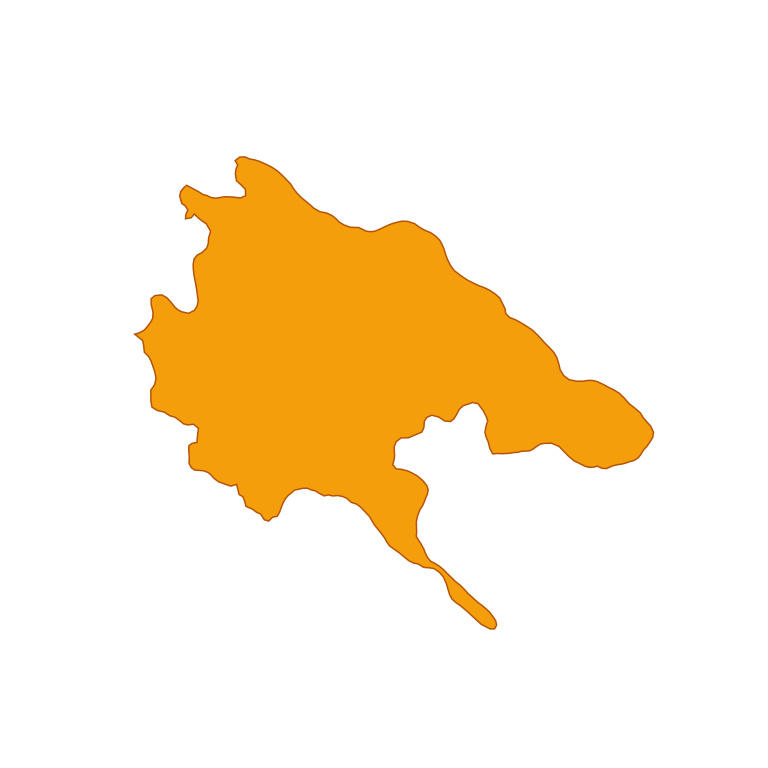 Veredinha, Minas Gerais, Brazil (Natural Earth projection), rotated 332°
{"feature_id": "56859067B69481295032755", "entity_name": "Veredinha", "entity_type": "district", "adm_level": 2, "iso_a3": "BRA", "parent_name": "Brazil", "parent_adm1": "Minas Gerais", "projection": "natural_earth1", "projection_center": [-42.725, -17.51], "detail": "fine", "context": "isolated", "style": "filled", "palette": "amber", "viewbox_px": 768, "rotation_deg": 332, "n_neighbors": 0, "source": "geoboundaries", "source_scale": "gbopen_adm2", "svg_char_len": 4767}
<svg xmlns="http://www.w3.org/2000/svg" viewBox="0 0 768 768"><g transform="rotate(332 384 384)"><path d="M526.6,362.5L524.6,357.1L521.3,350.9L518.0,346.3L514.2,342.1L510.3,336.9L506.9,332.1L504.2,327.3L502.2,323.3L499.3,316.9L498.4,311.0L498.5,304.6L499.0,299.7L500.3,293.4L500.8,287.8L500.7,283.5L499.3,278.2L496.3,272.4L492.4,267.7L489.2,262.8L486.3,256.8L481.2,251.5L476.4,248.7L471.3,247.3L466.3,246.2L461.7,245.7L457.1,245.5L452.6,245.3L447.6,244.8L444.0,243.4L440.1,240.8L437.7,237.4L434.9,233.8L431.6,232.0L427.9,229.8L423.6,225.1L420.7,220.5L419.1,215.3L417.1,210.7L413.5,206.0L408.2,201.7L404.5,195.7L402.9,191.2L400.9,186.4L398.6,180.8L396.8,174.8L395.7,168.3L395.5,163.7L394.1,158.8L392.5,153.2L391.1,149.1L389.6,145.2L386.8,140.0L382.9,134.5L378.7,129.1L374.8,125.2L371.0,122.2L367.9,118.3L363.3,115.9L357.4,116.9L357.7,121.8L354.5,124.5L351.4,128.7L349.2,135.2L351.4,141.5L353.0,147.0L350.2,152.8L344.5,152.3L339.0,148.4L335.6,146.4L331.9,144.2L327.0,142.4L322.7,141.0L318.7,138.0L316.2,134.5L313.2,131.9L310.5,127.1L306.3,120.8L303.0,115.9L298.7,116.9L294.8,118.7L291.8,122.2L290.2,129.7L292.2,133.4L292.5,138.2L288.6,141.4L286.3,144.9L291.6,146.7L296.4,144.9L298.1,150.4L300.2,155.3L302.3,159.0L302.6,167.7L297.7,172.7L294.8,177.4L291.4,180.7L285.1,182.5L279.6,182.5L275.1,184.4L271.7,188.7L269.4,193.4L267.4,198.6L265.4,205.1L263.7,210.3L262.3,214.4L260.6,218.8L259.0,223.3L255.6,227.4L251.2,230.0L244.6,229.8L239.5,225.5L237.0,222.0L235.4,217.9L234.4,212.2L232.8,205.9L229.6,201.0L223.3,198.4L218.4,199.4L215.7,204.7L213.8,212.2L210.6,217.4L206.8,219.9L202.5,222.0L197.4,223.9L191.5,223.9L187.3,223.0L189.3,227.6L191.3,232.5L189.7,237.5L187.3,243.6L189.1,249.2L189.1,253.9L188.4,259.2L187.2,266.3L185.2,272.3L181.3,276.8L175.2,280.0L172.4,285.3L170.1,289.7L168.3,295.5L171.3,300.8L176.8,305.7L180.1,311.6L183.7,315.0L186.4,320.3L188.2,324.9L191.3,327.9L196.9,330.1L199.4,336.0L196.0,340.7L193.5,344.4L191.3,347.8L186.8,346.3L182.8,346.9L180.5,350.8L177.8,357.1L174.6,362.5L174.6,367.5L176.6,371.3L180.2,373.4L184.1,376.1L187.2,379.6L188.7,383.5L189.6,387.6L192.0,392.6L196.9,398.1L200.9,402.3L206.7,403.4L205.4,408.8L204.1,413.5L206.5,417.2L205.9,422.2L204.7,427.3L209.1,432.7L211.0,437.0L214.0,441.0L214.6,447.7L217.9,450.9L223.0,449.3L227.5,450.7L231.7,448.1L235.0,445.1L238.2,442.3L242.7,439.2L247.4,437.3L251.5,436.6L255.0,435.7L259.2,436.8L263.3,438.0L267.4,440.0L270.2,443.5L273.2,446.1L275.3,449.8L278.7,454.7L282.8,455.8L285.9,458.6L291.0,460.9L294.9,464.1L297.5,467.6L299.5,473.1L303.4,477.2L305.4,481.3L307.0,486.9L309.0,494.3L309.3,503.1L310.1,507.7L311.3,513.9L312.3,520.4L312.3,524.7L312.9,529.6L315.6,535.1L318.0,539.7L320.5,545.9L322.9,551.5L325.8,555.7L329.6,558.9L333.1,564.7L338.0,567.7L341.7,570.7L344.4,576.0L345.9,582.5L345.3,590.2L344.0,596.0L343.0,601.1L343.1,605.9L344.9,610.8L347.6,616.1L349.3,620.3L350.8,624.1L352.6,629.3L354.9,635.9L357.1,641.9L359.7,645.7L362.8,650.2L366.7,652.1L370.2,649.8L371.5,645.3L371.0,640.7L370.1,634.9L367.7,628.1L364.6,621.4L362.8,616.7L361.3,612.4L359.8,608.3L358.7,603.8L356.9,597.8L354.5,592.3L353.0,587.6L350.8,580.9L349.4,576.0L347.4,571.0L344.9,566.6L342.1,562.6L341.0,558.0L341.1,553.1L341.7,548.1L341.6,542.9L341.2,538.3L341.0,533.7L343.4,529.9L345.7,525.1L348.0,520.7L351.8,516.1L356.7,511.9L361.0,509.5L364.2,507.0L367.3,504.2L370.5,501.7L373.4,498.0L374.1,493.6L372.8,487.1L370.1,480.6L366.9,475.6L364.4,472.2L359.7,467.8L354.9,464.6L353.9,459.3L357.8,455.1L360.1,451.6L361.7,447.8L363.6,444.2L367.6,440.7L373.8,439.6L380.0,442.9L390.3,443.8L394.7,444.2L398.7,441.3L402.1,435.9L406.0,433.6L411.6,434.0L416.8,438.9L420.2,445.1L425.2,448.4L429.5,447.5L433.6,445.1L438.9,441.6L443.8,440.3L449.5,441.4L453.4,441.9L457.8,445.4L459.1,454.7L459.0,461.1L458.2,465.3L454.0,469.5L450.4,474.1L449.3,478.7L448.8,484.1L447.2,490.6L447.2,496.8L451.3,498.5L455.4,500.9L460.7,503.4L466.2,505.4L470.1,507.1L473.9,508.0L477.4,509.6L481.3,511.4L485.7,511.4L489.4,510.8L494.1,510.5L498.6,512.1L504.3,515.1L509.3,521.3L511.3,528.4L513.2,534.8L515.6,540.8L519.5,546.2L522.6,550.6L525.6,553.6L529.9,555.7L533.9,556.8L536.9,560.8L540.7,563.1L547.4,563.6L552.3,564.9L556.2,566.3L560.0,567.2L564.3,567.9L568.9,568.9L573.4,568.6L577.3,567.0L582.3,564.0L586.6,562.6L592.5,559.6L596.4,557.1L599.3,553.1L599.7,546.6L598.1,540.2L597.1,535.7L596.7,529.5L593.8,522.3L591.2,516.5L589.6,509.6L587.5,502.8L584.0,496.9L580.7,492.4L578.5,488.9L576.2,485.7L573.4,482.0L569.8,478.8L565.7,476.5L561.0,475.0L555.2,471.9L549.4,467.0L546.6,460.9L546.2,454.2L547.8,448.2L549.0,441.9L548.8,435.8L547.4,430.3L545.2,423.1L544.1,418.7L542.5,412.6L540.3,406.1L537.8,401.4L535.3,396.9L532.4,392.3L530.1,388.8L526.1,384.2L524.6,378.9L526.2,374.3L526.4,368.0L526.6,362.5Z" fill="#f59e0b" stroke="#b45309" stroke-width="1.5"/></g></svg>